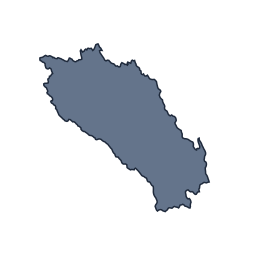 outline of Água Boa, Minas Gerais, Brazil, rotated 160°
{"feature_id": "56859067B18251134383574", "entity_name": "Água Boa", "entity_type": "district", "adm_level": 2, "iso_a3": "BRA", "parent_name": "Brazil", "parent_adm1": "Minas Gerais", "projection": "equal_earth", "projection_center": [-42.276, -18.014], "detail": "fine", "context": "isolated", "style": "filled", "palette": "slate", "viewbox_px": 256, "rotation_deg": 160, "n_neighbors": 0, "source": "geoboundaries", "source_scale": "gbopen_adm2", "svg_char_len": 5795}
<svg xmlns="http://www.w3.org/2000/svg" viewBox="0 0 256 256"><g transform="rotate(160 128 128)"><path d="M112.2,38.4L111.2,38.4L110.3,37.6L109.5,37.1L108.7,36.6L107.8,35.6L106.5,36.5L105.5,37.7L104.6,37.6L103.7,37.4L102.6,37.6L101.7,36.5L101.2,35.1L100.2,34.5L99.1,33.5L98.2,32.3L97.2,31.6L96.3,32.7L95.9,34.1L95.1,35.6L94.2,36.6L94.0,38.1L94.1,39.6L94.6,40.8L95.8,40.8L96.6,42.3L96.8,43.8L96.4,45.4L96.2,46.9L95.9,48.3L94.7,49.2L93.5,49.4L92.7,49.3L92.2,48.3L91.7,47.3L90.8,46.5L89.5,46.3L88.7,45.3L88.3,43.9L87.5,42.6L86.6,42.4L85.6,43.1L84.7,43.9L83.8,43.9L82.7,43.7L82.6,44.9L82.3,46.3L81.3,47.1L80.7,48.5L80.0,49.7L79.2,50.2L78.2,50.3L77.3,50.3L76.2,50.7L75.1,50.9L74.2,50.3L73.0,49.6L71.4,49.7L70.2,49.5L70.1,51.4L70.1,52.7L70.0,54.6L70.1,56.4L70.5,57.8L70.6,58.9L70.2,59.9L69.9,61.0L69.5,62.7L69.0,64.2L68.1,64.9L67.3,65.9L66.7,67.1L66.4,68.2L66.5,69.4L67.4,70.5L67.3,72.3L66.5,73.5L66.0,74.7L65.3,75.6L64.3,76.4L63.6,77.9L63.5,79.3L63.6,80.9L63.9,82.2L64.0,83.9L64.3,85.9L64.3,88.2L64.5,89.8L64.9,91.2L65.1,92.7L64.6,94.1L65.6,94.1L66.3,93.0L66.6,91.9L66.8,90.3L66.8,88.4L66.8,86.4L67.5,84.8L68.7,84.4L69.5,85.0L70.5,84.9L71.1,83.9L72.0,84.7L72.6,86.3L73.0,88.2L72.2,89.9L71.8,91.5L72.0,92.7L73.0,93.6L73.9,94.6L74.5,95.4L75.1,96.4L76.2,97.4L77.3,98.1L78.7,98.7L80.0,100.0L80.1,101.2L79.7,102.3L79.1,103.9L79.2,105.8L78.9,107.5L79.7,108.4L80.6,109.6L81.6,111.1L81.9,112.2L82.0,114.0L82.3,115.6L82.1,117.0L81.0,117.7L80.1,118.6L79.8,120.0L79.8,121.6L80.5,123.0L81.6,123.7L82.5,125.3L84.2,125.0L85.2,126.4L85.5,127.6L85.5,129.1L85.6,130.5L86.2,131.3L86.8,132.2L87.1,133.2L86.7,134.7L86.0,135.9L86.0,137.3L86.3,138.9L86.4,140.9L86.0,142.6L86.8,144.1L87.4,145.6L87.4,147.0L87.4,148.2L86.7,149.1L86.1,150.0L85.3,150.5L84.6,151.3L84.7,152.5L85.3,153.4L86.1,154.6L86.2,156.3L86.0,157.6L85.9,158.9L85.7,160.2L85.4,161.7L85.9,163.3L86.7,164.7L88.3,165.1L89.6,165.8L90.6,166.6L91.1,167.8L91.3,169.3L91.7,171.0L93.2,170.6L94.3,171.1L94.8,172.2L94.9,173.5L96.0,173.2L96.8,173.9L97.0,175.0L96.5,176.1L96.4,177.5L97.2,178.5L96.8,180.0L97.1,181.1L97.8,181.9L98.4,182.7L98.9,183.9L98.6,185.2L98.8,186.4L98.8,187.7L98.7,189.2L99.7,189.1L100.8,190.3L102.0,189.7L102.6,188.8L103.3,187.9L104.6,189.0L105.7,190.0L106.4,189.3L106.2,187.9L107.1,187.2L108.0,188.6L109.2,188.7L109.9,190.0L110.7,190.7L111.4,191.5L112.2,191.0L113.0,190.4L113.6,189.4L114.3,188.4L115.4,188.4L116.2,189.0L116.7,190.0L117.7,190.1L118.5,190.6L118.8,191.7L119.4,193.1L120.6,193.9L121.6,194.8L122.0,195.9L122.5,196.9L122.9,198.1L124.2,198.8L125.7,198.6L126.6,199.6L126.8,200.9L127.0,202.4L127.4,203.7L127.8,205.3L128.2,207.0L128.6,208.5L128.3,210.4L127.1,210.4L125.9,209.8L126.1,211.0L126.3,212.4L127.1,213.8L127.2,215.8L127.4,217.3L128.5,217.4L129.7,217.3L130.6,216.3L131.6,215.1L132.5,214.2L133.4,213.4L134.6,212.9L134.9,214.3L135.3,215.5L137.0,215.7L137.9,216.5L138.8,216.6L140.0,215.5L140.8,216.6L142.1,216.1L143.0,215.2L143.9,215.1L144.7,214.9L145.0,216.2L145.4,217.6L146.5,216.7L146.6,215.4L146.9,214.3L147.2,212.6L147.3,211.0L147.5,209.6L147.9,208.5L148.9,208.4L149.9,208.6L150.8,209.0L151.6,208.4L152.5,208.5L153.4,208.5L154.3,208.1L155.2,208.5L156.0,209.3L156.8,210.3L157.1,211.8L157.9,212.5L158.4,213.3L159.2,213.8L160.2,212.8L161.2,211.8L162.3,211.2L163.3,211.9L164.6,212.8L165.5,214.1L166.5,215.0L167.4,216.2L168.2,216.6L169.1,217.6L170.0,218.0L170.9,217.4L171.7,217.8L172.9,218.5L173.6,219.8L174.5,219.7L174.9,220.8L175.8,221.8L176.7,222.6L177.5,222.8L178.5,222.6L179.6,223.3L180.5,224.4L181.7,224.3L183.1,223.9L184.4,223.7L185.8,224.0L186.8,224.0L187.3,222.8L187.5,221.5L186.4,220.5L185.8,219.2L184.7,218.5L183.9,216.8L184.4,215.4L184.5,214.1L184.6,212.6L183.7,211.2L182.7,210.8L181.9,211.0L181.1,211.3L180.1,209.7L180.3,207.8L180.2,206.3L180.2,204.9L181.3,204.7L182.0,204.1L183.1,203.3L184.1,203.5L184.6,202.4L185.6,201.6L186.6,201.4L186.9,199.9L187.0,198.6L187.6,197.7L188.9,197.8L189.8,198.1L190.9,198.5L192.1,198.3L192.5,196.7L191.8,194.9L190.9,193.7L190.9,192.5L190.7,190.9L191.0,189.6L192.0,189.1L192.1,187.8L191.2,186.9L190.6,185.1L189.8,184.3L189.2,183.2L188.8,181.9L189.1,180.4L189.8,179.5L190.8,179.9L191.6,179.1L191.3,177.6L190.5,176.8L190.0,175.7L189.6,174.7L188.8,174.1L188.7,172.5L189.4,170.9L188.7,169.8L188.7,168.4L188.6,166.9L188.5,165.6L188.5,164.1L187.9,162.6L187.2,161.3L186.6,160.1L186.0,158.7L185.2,157.6L184.9,156.5L184.1,155.8L183.1,155.1L182.0,155.2L180.7,156.3L179.4,155.6L178.4,153.7L177.8,152.6L176.8,152.5L175.8,151.2L175.2,149.5L174.5,148.5L174.4,147.1L173.1,146.0L172.2,144.1L172.6,142.8L172.0,141.2L170.9,139.9L170.0,139.6L169.4,138.6L168.5,137.4L167.6,135.9L166.9,134.4L166.0,133.9L164.8,133.3L163.7,131.9L163.1,130.6L162.4,130.0L162.4,128.4L161.4,127.7L160.2,127.7L159.0,127.7L158.0,127.1L157.2,126.5L156.5,125.1L155.6,123.8L154.6,123.0L154.1,122.2L153.5,120.9L152.5,119.6L152.1,118.1L151.6,116.8L151.3,115.6L150.9,114.6L150.4,113.5L150.4,112.2L150.3,110.5L149.9,109.1L149.3,108.0L149.4,106.5L149.3,105.2L148.4,104.6L147.1,103.9L146.8,102.3L146.2,101.2L145.6,99.7L145.7,98.2L145.5,96.8L144.8,95.8L143.9,95.4L142.7,95.1L141.7,94.0L142.0,92.6L142.4,91.1L141.7,90.0L140.8,88.8L140.0,87.8L138.8,87.8L137.5,87.2L136.5,86.6L135.8,87.4L134.8,87.7L134.2,86.7L133.7,85.6L133.2,84.6L132.7,83.2L132.2,81.7L131.7,80.1L131.3,78.6L130.4,77.6L129.4,76.7L128.8,75.5L127.8,74.6L127.8,73.1L127.9,71.7L127.4,70.5L126.3,70.1L125.8,69.1L125.6,67.5L125.2,65.9L124.3,64.6L124.6,63.1L125.1,61.7L125.6,60.4L126.0,59.4L126.3,58.3L126.5,56.7L126.4,55.3L126.2,54.2L125.8,52.9L125.7,51.2L125.6,49.7L126.0,48.2L127.1,47.1L128.4,46.2L129.3,45.1L129.3,43.4L129.3,42.2L129.2,41.0L128.7,39.9L127.3,40.4L125.6,40.3L124.5,39.7L123.7,38.4L122.6,37.5L121.6,36.7L120.8,37.1L119.7,37.4L118.7,37.8L117.9,38.7L116.6,39.0L115.3,38.3L114.1,37.6L113.1,37.9L112.2,38.4Z" fill="#64748b" stroke="#1e293b" stroke-width="1.5"/></g></svg>